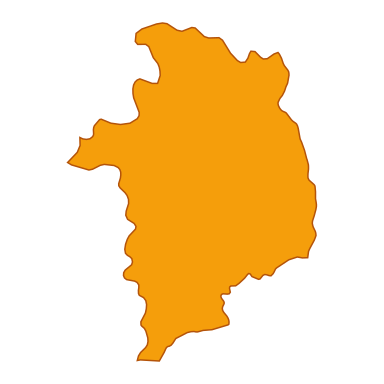 outline of Cher
{"feature_id": "FRA-5279", "entity_name": "Cher", "entity_type": "Metropolitan department", "adm_level": 1, "iso_a3": "FRA", "parent_name": "France", "parent_adm1": "", "projection": "mercator", "projection_center": [2.504, 47.022], "detail": "fine", "context": "isolated", "style": "filled", "palette": "amber", "viewbox_px": 384, "rotation_deg": 0, "n_neighbors": 0, "source": "natural_earth", "source_scale": "10m", "svg_char_len": 3270}
<svg xmlns="http://www.w3.org/2000/svg" viewBox="0 0 384 384"><path d="M88.9,170.0L71.5,164.9L67.6,162.5L77.3,152.3L80.1,145.5L79.9,137.5L82.8,138.9L86.4,139.4L89.9,138.8L92.6,136.7L93.5,135.0L93.6,133.5L93.4,129.7L93.7,127.5L94.4,125.7L99.6,119.6L101.2,119.2L110.9,123.2L120.5,124.5L130.0,123.2L137.3,118.7L139.1,115.6L139.2,112.4L133.7,97.9L133.0,93.6L132.9,88.9L133.6,85.0L135.1,82.0L137.2,80.0L139.9,78.9L152.1,83.4L157.6,83.4L160.2,75.5L160.0,71.1L159.2,67.0L157.8,63.5L153.3,57.7L148.8,46.6L145.7,44.3L137.7,44.4L135.3,41.5L136.1,33.4L141.9,29.0L156.5,24.0L162.5,23.0L167.0,23.7L177.0,30.2L182.0,31.3L191.8,27.5L195.2,28.0L204.3,36.6L208.7,38.0L219.0,37.7L222.5,40.2L230.5,53.2L237.3,60.5L240.6,62.5L245.3,62.1L247.9,58.2L249.5,53.6L250.9,51.2L255.0,51.6L260.5,57.2L263.3,59.0L267.3,58.7L274.0,54.0L278.0,52.5L279.4,54.2L281.5,58.3L283.2,63.4L284.3,65.6L287.7,70.0L288.6,71.6L288.9,73.1L289.0,75.2L287.6,83.1L287.2,84.1L285.9,86.9L285.3,88.8L285.0,89.7L284.5,91.2L282.3,95.5L279.9,98.5L278.2,102.1L278.0,103.1L278.1,104.3L278.5,105.8L279.7,108.2L280.6,109.4L281.5,110.4L282.2,110.9L283.1,111.4L285.0,112.2L285.9,112.7L286.5,113.3L291.4,119.8L292.7,121.1L295.8,123.3L296.6,124.1L297.5,125.9L298.2,128.3L300.0,138.4L300.3,139.4L301.6,142.2L304.5,150.3L306.7,158.8L307.1,159.8L308.4,164.8L308.5,166.9L308.5,169.1L308.0,173.4L307.9,175.8L308.0,177.9L308.9,179.9L309.9,180.9L313.5,184.1L314.2,184.8L314.7,185.5L315.0,186.4L315.5,191.7L315.5,198.8L316.1,202.1L316.4,204.4L316.4,206.4L315.9,209.4L314.2,215.8L312.6,220.7L312.4,222.0L312.3,223.4L312.8,225.7L313.2,227.0L315.3,231.4L315.6,232.4L315.8,233.4L316.0,235.5L315.3,237.5L314.2,240.3L309.7,248.7L308.7,251.0L308.5,251.7L307.7,257.7L302.4,257.9L297.3,257.0L288.8,259.8L276.6,267.9L275.5,269.0L274.2,271.8L273.1,273.7L271.0,275.8L269.1,275.6L267.1,274.9L264.8,274.5L262.9,275.4L260.0,279.0L258.5,279.3L252.0,276.6L251.0,275.2L250.4,274.1L248.8,273.5L247.6,274.4L244.6,278.2L239.0,283.4L235.7,285.8L230.8,286.0L229.7,286.9L229.5,288.4L230.3,292.2L229.2,293.8L227.4,294.1L223.0,293.8L221.8,294.3L221.0,295.3L220.9,296.8L221.6,298.4L223.8,301.4L224.2,302.9L224.0,303.9L222.6,306.8L222.3,308.6L222.7,310.5L223.8,312.4L226.7,315.9L227.8,317.7L228.5,319.3L228.8,320.4L229.0,321.6L229.0,323.0L228.8,324.3L228.0,324.9L212.0,329.7L203.1,330.4L197.7,331.9L195.9,331.9L194.0,331.5L190.9,331.7L187.2,332.6L175.8,338.5L172.9,343.1L171.1,345.2L169.3,346.2L167.8,346.5L166.5,347.5L165.7,348.9L164.2,352.3L159.3,361.0L140.4,359.9L137.3,360.5L138.5,355.9L140.6,352.5L145.6,347.6L147.3,344.9L148.0,341.5L147.8,337.9L145.9,331.2L144.4,328.4L141.7,326.0L141.0,325.0L140.9,321.8L145.4,313.1L146.3,308.9L146.6,304.6L145.8,300.6L143.6,297.6L139.3,295.3L138.5,293.5L138.4,290.4L138.8,287.6L138.8,285.0L137.1,282.4L134.6,281.1L126.6,279.6L124.5,277.9L123.5,275.5L123.7,272.7L125.2,270.1L131.6,264.8L132.5,262.0L131.8,258.6L129.8,256.7L127.4,255.3L125.5,253.3L124.8,249.3L125.6,244.2L127.3,239.3L129.2,235.8L135.5,229.1L136.0,226.4L134.1,223.4L127.6,219.3L125.8,215.3L126.2,211.1L128.6,203.6L128.5,199.3L127.1,195.5L125.0,192.6L120.2,188.0L118.8,185.8L118.7,183.7L120.4,178.1L120.8,175.0L120.7,172.1L119.8,169.5L118.1,167.5L114.1,165.5L104.3,164.4L100.3,165.3L92.6,169.2L88.9,170.0Z" fill="#f59e0b" stroke="#b45309" stroke-width="1.5"/></svg>